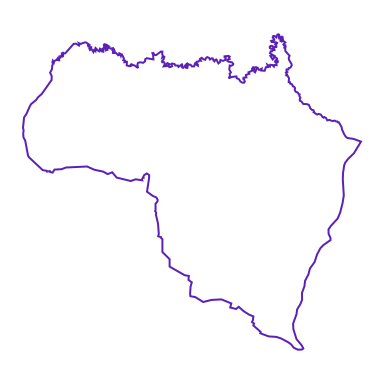 Ban Thaen, Chaiyaphum, Thailand
{"feature_id": "78962969B48831916769837", "entity_name": "Ban Thaen", "entity_type": "district", "adm_level": 2, "iso_a3": "THA", "parent_name": "Thailand", "parent_adm1": "Chaiyaphum", "projection": "albers", "projection_center": [102.355, 16.36], "detail": "fine", "context": "isolated", "style": "outline", "palette": "violet", "viewbox_px": 384, "rotation_deg": 0, "n_neighbors": 0, "source": "geoboundaries", "source_scale": "gbopen_adm2", "svg_char_len": 5704}
<svg xmlns="http://www.w3.org/2000/svg" viewBox="0 0 384 384"><path d="M361.0,141.6L353.5,138.9L347.5,138.0L345.8,136.8L344.3,134.5L342.2,129.9L341.5,126.9L338.9,122.4L338.2,122.5L337.5,121.5L336.2,121.5L334.7,120.6L332.6,121.1L329.3,119.9L327.3,120.4L326.1,118.1L324.3,117.0L323.6,117.7L322.6,117.2L320.9,114.6L318.6,113.9L317.1,114.6L313.6,112.2L314.0,111.6L313.4,110.2L311.6,109.7L310.3,108.2L309.0,105.0L307.4,104.2L303.1,103.9L301.6,101.6L300.0,100.8L299.6,99.9L300.4,97.8L299.3,95.8L299.6,94.4L298.6,94.1L297.8,92.6L295.6,91.7L294.7,89.7L295.1,88.1L294.2,86.8L292.7,86.2L292.2,84.4L290.1,83.6L290.1,82.3L288.7,82.1L289.0,78.2L287.1,74.9L285.5,75.8L286.9,74.2L286.0,72.7L287.3,72.0L286.4,71.1L286.6,69.4L288.3,69.5L288.6,68.2L290.5,67.5L291.7,65.5L291.6,64.2L288.9,59.6L288.8,57.5L289.6,55.8L285.4,51.1L285.2,48.5L284.3,47.8L284.6,47.0L285.5,46.9L285.4,45.4L284.2,45.6L283.4,44.5L285.3,42.4L282.8,40.6L281.8,41.6L280.4,40.9L280.9,39.6L282.9,39.4L282.5,36.9L281.2,36.6L280.4,37.0L280.7,38.2L279.2,38.6L278.7,37.3L279.2,34.7L278.5,34.3L277.6,34.5L276.7,35.7L276.3,37.4L274.3,36.0L273.3,36.0L272.7,37.6L274.2,39.1L274.3,40.0L271.1,40.9L271.6,42.0L276.1,42.3L277.2,42.9L276.9,43.6L275.2,44.3L276.4,45.9L276.3,47.0L273.9,46.9L271.8,45.8L270.2,46.2L269.7,47.2L269.9,48.1L271.2,48.8L273.5,48.0L274.5,49.1L274.5,50.1L272.7,50.2L272.0,51.3L270.7,51.3L270.0,53.3L273.6,55.4L270.4,56.0L272.7,59.5L273.9,58.2L274.2,56.2L277.0,58.5L277.1,59.3L275.5,60.5L275.0,61.8L275.8,62.1L277.3,61.0L277.9,61.2L277.8,62.0L276.3,63.2L276.6,65.2L274.3,65.0L273.9,66.6L272.4,65.0L270.2,64.8L269.9,66.5L267.4,64.7L268.0,67.1L265.9,67.2L264.6,70.8L261.2,70.5L261.6,68.7L259.7,69.8L258.7,69.7L257.6,67.7L256.4,67.3L256.5,69.1L255.1,72.3L254.3,71.7L254.1,68.6L254.5,67.5L253.1,67.2L252.0,68.8L252.2,70.7L248.5,72.3L249.3,73.8L245.9,74.9L246.4,77.4L243.5,77.7L243.3,78.9L244.0,79.4L244.8,81.6L244.1,82.7L242.2,82.6L240.3,81.4L239.0,79.2L236.7,78.2L236.4,76.4L231.7,77.0L229.5,78.0L229.0,77.7L230.0,75.4L229.6,73.8L230.9,72.4L229.3,69.6L229.7,65.5L231.1,65.8L232.9,64.9L233.3,63.9L231.9,62.3L228.3,61.6L227.2,60.7L227.3,59.7L229.6,59.0L228.9,57.7L229.7,56.7L228.6,55.9L224.5,56.3L224.5,57.1L225.7,58.0L225.1,60.0L223.0,60.9L220.4,60.0L220.1,62.0L218.4,63.4L216.4,59.5L215.3,59.8L214.5,61.4L213.5,60.5L212.7,58.4L211.7,58.3L209.9,59.5L209.1,57.9L207.3,57.1L206.1,57.9L205.2,59.8L203.5,59.3L201.7,57.8L200.0,58.9L200.9,60.7L199.4,60.5L198.4,61.6L196.6,61.7L196.1,62.7L197.9,64.7L197.9,65.7L194.8,63.8L194.1,66.4L191.9,66.4L190.6,64.7L189.3,64.8L187.3,63.4L186.7,63.8L187.7,66.2L187.4,67.9L186.0,67.7L186.1,66.1L185.3,65.3L183.5,67.7L182.6,67.8L181.8,66.9L182.3,65.1L181.9,64.3L178.5,66.9L178.0,65.5L175.3,65.5L174.6,64.1L172.2,63.5L171.2,64.2L172.1,66.3L169.6,67.2L168.3,66.2L169.4,64.1L167.4,63.1L166.5,64.3L166.7,66.0L163.7,66.4L164.9,63.8L163.9,62.1L162.3,62.3L162.0,61.7L162.4,60.4L163.5,59.6L164.3,56.8L163.8,56.5L162.3,57.4L162.8,55.9L162.2,53.8L162.4,51.6L161.0,51.5L156.1,55.1L154.3,54.9L153.4,53.0L152.4,53.2L153.1,54.9L153.4,59.4L146.7,58.2L145.2,59.3L145.0,61.4L143.2,62.8L140.3,62.3L138.0,62.8L137.4,64.6L137.9,67.3L137.4,67.6L134.9,65.7L131.3,64.2L130.7,64.8L131.5,65.6L129.9,66.3L126.7,65.4L126.9,61.9L124.5,62.2L125.1,60.6L123.3,60.2L123.9,58.3L121.9,54.4L121.1,54.3L120.8,55.7L120.0,53.6L119.3,53.3L119.2,55.0L118.2,55.3L116.0,53.0L112.9,52.9L113.1,51.3L114.7,51.5L114.0,49.3L112.5,49.7L112.8,48.2L110.6,48.6L108.3,47.1L108.3,48.0L107.4,48.2L107.5,49.8L105.9,50.4L104.9,47.2L106.3,46.7L105.6,45.5L107.6,45.5L106.3,44.7L104.4,44.2L103.8,44.9L104.3,46.8L103.6,47.5L103.5,48.6L102.2,49.1L103.4,50.2L103.3,51.7L101.4,51.3L101.1,49.6L100.0,48.7L99.1,51.3L97.6,50.2L96.1,50.2L96.6,49.0L95.5,48.0L94.9,49.9L95.1,51.1L94.0,50.3L93.4,52.0L91.6,49.2L90.0,50.0L89.4,48.5L91.2,48.0L91.2,47.2L90.0,47.4L89.7,46.4L88.3,46.4L88.0,45.5L89.4,45.4L89.6,44.9L86.4,42.7L85.1,42.3L80.6,43.9L79.2,43.3L79.7,44.1L79.1,45.6L76.0,43.7L73.6,43.9L65.2,53.4L63.9,53.4L63.1,52.7L61.9,53.3L61.8,54.2L63.1,54.4L63.1,56.1L62.5,56.6L61.4,56.0L59.8,56.3L60.4,57.6L59.0,58.4L59.2,60.3L57.8,60.1L57.7,58.3L56.5,59.9L54.1,61.2L53.9,62.3L52.8,60.7L52.4,62.3L53.0,63.9L52.2,65.8L52.0,69.1L50.1,72.7L51.7,76.0L51.6,80.0L41.8,93.9L38.0,97.3L35.9,100.2L31.1,104.1L30.1,105.7L26.3,114.2L24.1,117.3L23.0,127.7L23.6,130.3L23.2,133.8L23.5,137.5L25.2,140.5L28.0,155.4L29.0,157.3L42.7,170.1L46.7,170.8L47.0,171.6L49.8,171.1L50.2,172.0L52.6,172.6L54.5,169.6L61.5,169.2L66.0,167.5L87.1,166.5L94.5,169.8L103.2,171.6L107.7,174.1L112.2,172.3L116.7,177.6L130.8,181.0L135.7,179.3L142.2,180.3L141.9,179.6L142.8,177.8L143.5,177.7L143.2,177.1L144.1,175.2L146.7,173.5L148.3,174.3L149.2,175.3L149.1,177.9L147.0,191.7L152.8,195.9L156.4,197.5L157.7,199.9L157.5,201.3L155.5,203.9L155.6,209.8L155.1,211.0L156.1,212.5L156.0,215.0L158.0,223.5L158.8,233.7L158.2,236.3L161.1,237.2L161.2,238.1L162.4,239.1L162.4,252.0L169.6,259.2L169.6,266.6L184.6,275.2L188.8,275.9L188.5,279.9L191.8,282.4L190.6,286.3L190.1,293.5L190.4,296.2L195.3,297.1L203.2,302.0L211.7,299.9L221.4,299.4L231.3,303.4L230.2,307.5L236.1,309.0L238.7,306.8L243.8,311.3L249.0,314.6L253.4,316.4L252.9,320.2L252.0,322.1L254.1,323.5L253.3,325.4L260.7,332.0L260.3,333.3L268.7,336.4L276.4,336.9L281.2,338.5L288.3,342.3L291.0,344.3L293.9,347.8L297.9,349.7L302.0,349.5L303.3,348.5L301.8,345.5L296.5,339.1L293.4,329.3L293.1,323.7L296.5,314.2L297.1,309.5L300.5,303.9L302.1,299.8L302.0,292.9L304.4,286.4L305.1,280.7L308.4,274.5L309.9,268.6L314.7,261.9L317.0,254.6L320.3,248.3L323.6,244.9L330.5,240.1L330.5,238.0L328.6,233.8L328.5,229.4L330.8,226.0L337.7,218.5L340.2,212.5L342.6,202.9L343.8,195.4L342.8,179.5L343.0,173.3L344.2,165.2L345.3,162.5L348.1,158.9L353.9,153.3L361.0,141.6Z" fill="none" stroke="#5b21b6" stroke-width="2"/></svg>